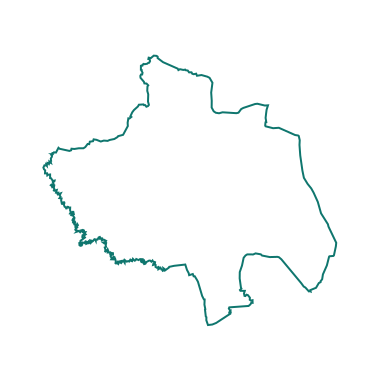 the district of Non Sung, Nakhon Ratchasima, Thailand, rotated 99°
{"feature_id": "78962969B78904215170305", "entity_name": "Non Sung", "entity_type": "district", "adm_level": 2, "iso_a3": "THA", "parent_name": "Thailand", "parent_adm1": "Nakhon Ratchasima", "projection": "albers", "projection_center": [102.297, 15.207], "detail": "fine", "context": "isolated", "style": "outline", "palette": "teal", "viewbox_px": 384, "rotation_deg": 99, "n_neighbors": 0, "source": "geoboundaries", "source_scale": "gbopen_adm2", "svg_char_len": 6070}
<svg xmlns="http://www.w3.org/2000/svg" viewBox="0 0 384 384"><g transform="rotate(99 192 192)"><path d="M273.9,254.9L274.6,253.6L273.6,253.5L272.8,254.4L272.4,254.3L272.9,252.3L272.3,252.2L271.9,252.8L271.3,251.3L272.5,251.6L273.1,250.8L271.3,249.8L270.7,249.0L272.5,247.4L271.0,247.5L270.0,248.4L269.5,248.2L271.0,245.5L270.2,244.3L270.5,243.2L268.4,242.3L268.6,241.7L269.6,241.1L269.7,240.3L267.3,239.9L268.8,237.9L268.4,237.2L266.9,236.6L267.6,234.1L266.4,232.8L266.1,230.1L267.1,229.8L267.7,230.5L267.6,231.6L268.3,231.6L269.1,231.0L269.3,228.9L268.9,228.7L267.6,229.5L267.0,228.7L269.1,227.2L270.2,228.4L270.7,228.0L270.1,226.8L268.3,226.1L266.5,223.7L266.3,222.6L267.2,221.2L265.9,220.3L266.7,219.8L267.1,217.5L268.2,217.5L269.0,218.9L270.1,219.0L269.3,217.4L269.7,216.5L271.7,216.3L272.3,214.9L271.5,213.7L273.6,213.2L272.9,212.4L271.8,212.7L271.5,211.4L273.4,210.0L273.4,209.0L274.3,208.6L273.7,207.8L271.7,208.4L272.5,206.9L274.0,207.0L274.0,206.7L270.3,203.0L269.5,202.8L267.7,198.1L264.7,187.3L269.7,184.8L272.6,182.6L274.6,181.8L272.9,178.4L275.0,177.2L274.8,176.1L278.0,173.4L279.7,172.1L293.1,165.7L296.2,163.5L296.2,162.7L301.3,162.1L305.7,160.5L306.0,160.8L312.8,158.9L313.4,158.2L316.4,157.8L320.9,155.4L319.7,151.2L317.6,147.7L306.9,135.9L305.8,136.2L306.0,135.1L304.6,134.9L304.0,135.9L302.9,135.5L302.9,136.1L301.3,137.4L300.1,137.1L295.7,118.3L293.8,116.7L292.1,116.1L292.0,114.8L289.4,115.3L290.0,116.8L289.4,118.1L287.3,118.3L285.1,120.7L284.9,122.1L286.4,123.0L286.4,123.9L284.1,124.8L281.4,124.4L282.0,128.7L281.3,129.3L279.6,128.1L278.8,128.7L269.9,131.4L263.6,132.3L256.8,131.1L248.9,130.7L246.3,129.2L245.0,127.7L244.1,121.8L242.7,119.6L242.8,114.3L243.8,112.9L244.1,105.0L242.7,97.5L242.8,96.0L244.5,93.2L265.0,69.8L267.9,66.9L268.6,65.1L271.9,61.0L271.5,60.1L271.7,59.3L270.4,59.8L267.2,54.5L262.1,52.5L260.9,50.9L260.0,51.0L257.8,49.8L252.9,49.8L243.4,47.3L234.6,46.5L234.0,46.2L233.0,42.3L232.3,41.9L223.1,41.4L219.6,41.6L204.8,51.8L202.6,52.7L192.9,61.2L182.1,66.2L173.6,71.8L169.8,74.8L165.9,79.1L160.5,83.7L153.6,86.3L139.0,90.8L128.7,93.2L124.0,93.7L120.0,95.3L119.6,96.0L119.6,99.1L115.0,116.3L116.3,121.9L115.6,129.6L114.9,130.1L112.2,130.3L111.4,130.2L111.3,129.6L107.3,130.9L102.7,131.1L99.1,131.2L94.5,130.5L95.2,133.6L94.6,141.2L95.2,143.4L100.9,154.4L102.4,156.4L106.4,158.5L107.2,160.5L108.5,174.3L110.0,177.6L110.0,180.9L108.9,183.2L105.5,185.8L98.7,186.8L90.8,188.6L80.9,188.9L76.5,192.5L75.7,194.9L75.0,200.9L76.4,205.3L74.5,206.4L75.4,208.7L75.2,210.2L73.9,211.2L74.3,213.6L72.7,215.2L72.7,217.5L72.2,217.9L72.8,219.7L72.6,223.1L73.7,224.5L72.4,225.4L68.3,240.9L65.1,246.9L63.7,247.1L63.1,248.3L63.3,251.1L66.2,253.6L66.1,255.8L67.5,255.9L67.6,254.6L69.3,253.9L71.0,254.5L71.2,255.3L72.3,256.3L73.2,258.7L73.0,259.7L73.5,260.3L74.9,260.7L74.8,261.5L75.3,262.2L79.3,261.6L79.5,260.7L80.3,260.7L81.9,259.5L83.7,259.6L83.9,260.7L85.4,261.2L87.3,260.7L90.7,256.7L92.2,256.0L92.0,253.9L93.5,251.9L94.7,252.5L99.1,252.0L102.4,250.5L109.6,249.6L112.7,248.2L114.0,248.9L114.9,250.4L113.5,251.8L113.7,253.1L113.1,253.6L114.1,258.1L116.0,258.8L120.2,262.2L122.7,263.5L126.9,264.7L127.4,263.7L129.2,265.3L129.2,266.4L133.7,266.4L136.9,265.7L146.3,269.0L148.4,273.7L149.4,274.2L151.8,277.0L153.5,281.5L154.7,283.3L155.0,287.1L156.4,290.0L155.4,294.5L155.4,297.4L157.3,297.7L158.3,300.8L160.8,301.0L160.9,302.6L164.3,304.4L165.8,306.1L166.5,310.6L167.9,314.9L168.1,317.8L169.7,317.9L170.6,319.5L170.0,329.6L169.2,330.8L174.3,332.5L174.4,334.5L175.0,334.7L175.4,336.0L176.5,336.1L176.6,336.6L176.9,335.8L177.5,336.5L177.8,336.0L179.1,335.9L181.1,336.7L183.4,336.0L183.9,336.6L185.1,336.0L184.4,337.4L186.3,336.7L185.7,337.3L186.3,337.5L185.4,338.0L185.7,338.6L186.4,338.4L186.1,339.2L186.7,339.1L186.8,339.9L187.7,339.7L187.5,340.2L188.6,339.8L188.2,340.3L188.7,340.7L188.7,341.9L191.1,342.6L192.7,341.7L193.6,340.4L196.6,340.1L196.2,338.1L198.2,337.5L197.4,336.7L196.9,334.9L200.5,334.3L200.5,333.3L202.8,331.2L202.2,329.5L203.0,329.6L204.1,331.0L206.4,329.6L206.9,330.5L206.6,331.9L207.4,332.5L208.0,331.4L209.1,330.8L207.9,329.1L209.7,329.1L210.6,328.4L212.1,328.7L212.3,328.1L211.2,325.9L213.9,326.2L213.6,324.2L214.8,324.6L215.4,324.2L213.9,321.5L215.9,322.2L217.2,321.1L218.8,321.9L218.8,319.8L220.5,320.0L224.0,318.7L224.0,318.1L222.3,317.4L222.2,316.6L222.8,316.3L224.5,316.6L226.5,315.5L226.8,314.4L227.9,313.7L227.8,313.2L226.1,312.7L226.1,311.9L226.7,311.4L226.4,309.9L229.1,309.6L230.9,308.5L232.4,309.1L232.5,308.2L230.3,306.9L230.2,306.1L232.3,305.3L232.6,306.6L233.8,307.3L233.9,305.7L236.0,304.0L236.5,304.1L236.9,305.2L238.5,305.7L239.0,305.3L238.7,304.3L240.7,304.7L240.8,304.2L239.8,302.9L240.3,302.6L241.9,303.4L242.3,303.2L242.2,302.4L243.3,301.3L241.5,300.4L242.6,299.5L243.9,300.2L244.1,301.8L245.0,301.6L245.2,300.1L247.2,301.4L247.8,301.1L248.1,299.1L249.4,299.9L248.2,297.5L249.2,296.2L247.7,295.4L248.6,293.8L247.4,294.1L247.0,295.0L246.5,293.9L246.9,292.7L248.5,292.6L248.3,291.0L249.8,291.7L250.5,290.4L251.6,291.5L251.3,292.4L251.8,293.3L253.7,293.3L254.3,292.7L253.2,291.1L253.7,290.6L257.6,294.5L259.0,294.4L259.9,295.2L260.7,293.6L261.2,294.0L261.2,295.0L262.0,294.9L262.6,293.9L262.2,292.7L261.2,292.2L259.3,293.0L258.9,292.1L259.3,290.4L257.7,289.6L258.2,288.9L259.8,288.4L259.5,287.9L257.6,288.3L257.9,286.8L258.8,286.5L258.8,286.0L258.1,285.7L257.4,286.5L256.9,286.3L258.4,284.2L257.7,283.9L255.7,284.8L255.8,283.5L257.1,283.3L255.8,282.0L253.9,281.0L254.0,280.2L255.2,279.4L253.9,279.5L253.8,277.9L252.4,277.4L252.6,276.2L251.3,276.8L250.8,276.0L252.1,274.9L251.9,273.6L253.8,273.4L252.8,271.8L253.7,269.2L254.9,269.7L255.8,271.8L256.5,270.5L255.4,269.4L255.7,268.8L258.2,268.9L259.6,268.3L260.4,269.5L262.7,268.4L264.2,268.5L264.4,267.9L263.8,267.2L261.8,266.4L263.5,265.4L264.9,265.6L264.4,263.4L266.4,263.0L266.3,262.5L264.8,262.4L264.8,260.5L265.9,260.3L267.3,262.2L268.4,262.3L269.7,261.0L269.3,260.0L268.1,259.3L268.5,258.5L270.3,259.7L270.5,261.0L271.1,261.2L270.8,258.6L270.1,257.4L272.4,256.4L274.3,256.4L274.5,255.9L273.9,254.9Z" fill="none" stroke="#0f766e" stroke-width="2"/></g></svg>